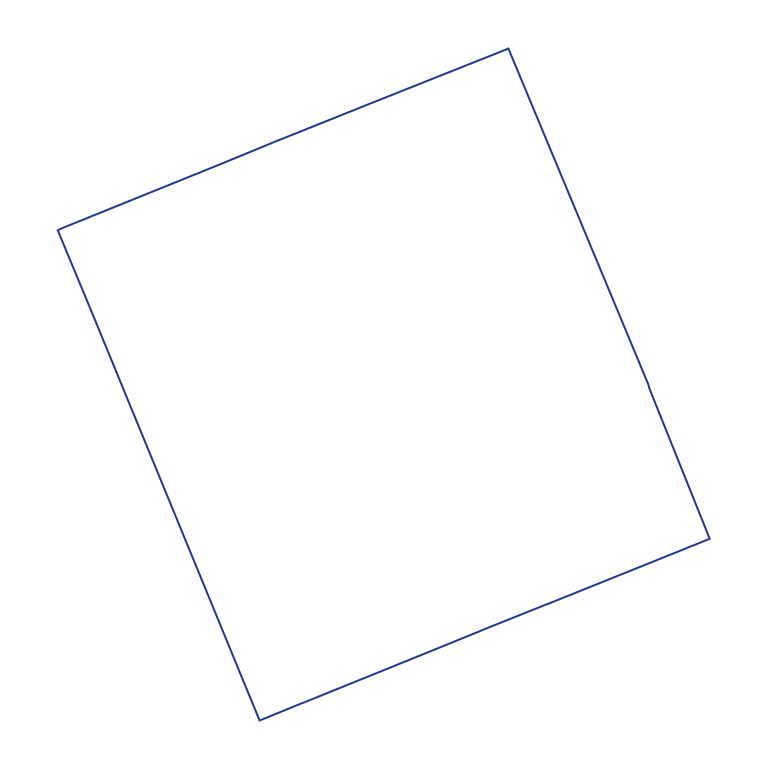 outline of Weston, Wyoming, United States of America, rotated 68°
{"feature_id": "52423323B91236875668653", "entity_name": "Weston", "entity_type": "district", "adm_level": 2, "iso_a3": "USA", "parent_name": "United States of America", "parent_adm1": "Wyoming", "projection": "mercator", "projection_center": [-104.387, 43.84], "detail": "fine", "context": "isolated", "style": "outline", "palette": "blue", "viewbox_px": 768, "rotation_deg": 68, "n_neighbors": 0, "source": "geoboundaries", "source_scale": "gbopen_adm2", "svg_char_len": 429}
<svg xmlns="http://www.w3.org/2000/svg" viewBox="0 0 768 768"><g transform="rotate(68 384 384)"><path d="M649.0,375.1L649.2,315.5L649.3,314.3L649.5,168.3L649.5,140.0L487.3,139.6L483.5,139.1L119.6,143.0L118.8,294.1L118.5,394.1L118.9,456.4L118.9,624.5L119.3,628.9L212.3,628.0L649.4,625.4L649.2,586.0L649.3,571.2L649.3,568.2L649.2,451.3L649.2,448.9L649.2,440.9L649.0,375.1Z" fill="none" stroke="#1e3a8a" stroke-width="2"/></g></svg>